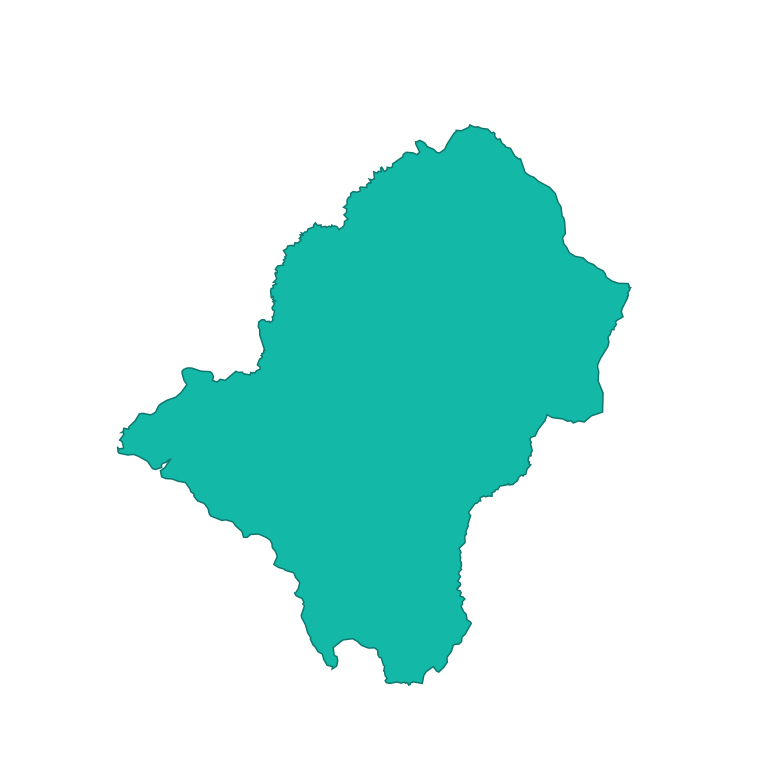 Manggarai Timur, Nusa Tenggara Timur, Indonesia, rotated 210°
{"feature_id": "22746128B57997288446056", "entity_name": "Manggarai Timur", "entity_type": "district", "adm_level": 2, "iso_a3": "IDN", "parent_name": "Indonesia", "parent_adm1": "Nusa Tenggara Timur", "projection": "orthographic", "projection_center": [120.695, -8.574], "detail": "fine", "context": "isolated", "style": "filled", "palette": "teal", "viewbox_px": 768, "rotation_deg": 210, "n_neighbors": 0, "source": "geoboundaries", "source_scale": "gbopen_adm2", "svg_char_len": 6171}
<svg xmlns="http://www.w3.org/2000/svg" viewBox="0 0 768 768"><g transform="rotate(210 384 384)"><path d="M222.9,593.0L231.3,588.4L238.3,587.1L245.0,587.7L247.5,590.1L250.9,591.6L257.5,591.1L262.2,592.2L268.6,591.3L274.7,592.8L282.3,590.1L289.2,590.4L294.2,593.7L298.1,595.1L302.6,600.0L302.1,604.9L308.6,614.7L311.4,617.7L313.7,618.5L319.4,626.0L324.0,628.3L330.9,634.6L339.0,637.1L351.8,636.7L357.4,638.0L362.2,637.2L367.6,637.8L378.3,647.2L380.0,646.3L384.9,646.9L392.2,651.3L397.6,650.0L398.5,651.1L402.0,651.4L406.1,654.3L407.9,652.5L409.2,652.8L412.1,653.9L413.1,656.3L415.0,656.8L416.3,655.2L421.6,656.6L427.2,654.2L431.3,653.7L434.2,651.6L439.1,651.4L438.9,648.7L443.7,641.9L448.3,639.8L447.7,638.4L448.7,636.2L449.3,623.5L448.8,617.7L451.3,611.9L454.0,610.9L458.3,612.1L465.1,611.2L469.0,613.0L471.7,613.1L474.6,612.9L476.0,611.5L476.0,610.5L477.7,609.6L476.7,607.9L469.1,602.6L470.1,599.1L474.4,598.7L480.6,595.8L482.1,592.4L481.3,590.3L486.6,579.0L485.3,576.6L486.3,574.6L489.6,573.3L488.5,571.0L489.7,568.2L494.5,570.6L495.0,569.4L492.7,566.6L495.2,565.4L495.4,563.1L499.0,562.7L494.9,556.9L496.7,554.7L499.2,554.0L496.0,552.2L496.2,551.0L497.7,550.7L498.5,547.7L497.3,545.6L502.9,542.8L503.1,541.5L501.4,540.1L501.4,538.8L503.2,536.7L507.0,535.1L508.2,532.3L506.6,529.6L508.1,527.6L507.9,524.7L505.8,521.0L507.4,516.8L503.9,517.0L502.2,513.7L503.3,510.5L497.7,508.9L499.5,505.1L497.9,501.6L498.2,499.6L500.1,495.3L503.5,496.7L505.9,496.2L506.9,494.9L508.6,495.6L508.5,493.4L510.4,493.3L511.8,491.0L513.6,491.3L516.2,488.8L517.5,488.7L518.1,490.2L520.9,488.1L524.0,489.3L524.4,486.3L523.4,484.8L527.2,480.4L526.9,477.1L528.6,476.1L529.1,473.9L531.0,473.5L528.7,472.3L531.2,471.3L529.3,469.7L530.3,467.8L527.9,467.3L529.0,463.2L531.8,461.7L531.0,458.5L533.2,458.0L536.4,455.3L535.9,452.6L537.8,449.3L532.8,446.8L533.5,444.4L531.9,443.8L533.2,441.3L531.2,440.1L531.8,437.8L530.6,436.8L535.1,433.0L535.5,428.9L532.7,428.4L532.2,426.1L533.8,426.3L533.5,424.9L529.5,421.5L530.5,416.9L529.4,417.5L527.2,416.7L529.6,413.8L527.8,412.0L529.4,410.2L528.8,408.0L525.0,402.6L524.4,402.5L524.1,404.6L522.4,402.9L522.6,401.5L519.7,401.6L521.5,399.9L518.8,398.7L519.1,394.0L517.4,392.6L515.5,392.7L513.6,387.5L514.4,386.3L511.8,383.4L513.5,380.4L514.8,380.9L517.2,379.1L519.7,379.8L522.0,378.5L523.5,375.1L521.4,370.6L518.9,369.2L516.2,364.4L504.2,353.5L504.9,353.0L503.8,350.8L505.0,349.2L504.2,348.4L504.6,347.1L503.2,347.1L502.8,345.4L504.2,343.5L503.3,337.3L499.4,336.5L498.8,334.8L501.2,331.5L501.2,329.1L502.9,328.7L503.3,327.5L505.1,327.5L504.6,324.8L511.1,322.6L512.5,323.5L516.2,321.1L518.6,321.0L523.3,307.8L528.2,306.2L529.5,302.2L534.4,301.4L535.2,305.0L538.5,307.4L540.8,307.7L548.8,303.6L558.4,301.7L562.3,299.6L564.8,296.4L565.3,294.0L563.7,291.8L558.8,287.0L554.4,285.0L555.5,274.9L557.8,268.4L563.9,261.3L567.5,254.9L568.3,252.1L567.7,245.7L569.5,241.9L571.2,240.4L578.3,238.0L580.9,235.8L581.1,227.7L583.5,219.4L582.5,217.3L587.3,215.5L586.1,212.8L587.1,210.7L585.7,211.6L584.1,210.7L584.9,203.2L582.0,203.2L577.9,198.9L577.7,197.8L581.5,195.1L583.4,196.5L580.4,192.3L578.8,191.6L570.2,194.5L565.7,197.8L561.0,198.6L550.1,198.8L542.2,195.0L539.4,195.6L534.8,200.5L536.3,202.7L535.9,204.8L533.5,207.1L532.9,209.8L531.4,211.7L531.9,202.2L534.2,197.0L530.1,192.4L525.7,193.0L520.1,195.8L513.4,196.9L506.8,199.4L499.7,196.2L497.5,194.1L494.0,193.9L492.1,191.5L487.0,189.6L480.3,190.6L478.5,190.1L473.9,188.0L470.5,184.2L468.0,183.1L456.2,184.8L453.0,187.3L446.0,189.0L441.4,186.9L433.3,185.3L429.0,181.1L425.8,182.8L424.3,187.0L417.5,191.4L409.3,192.3L404.6,191.9L401.4,189.9L398.8,186.4L394.2,184.7L390.2,181.3L389.2,172.6L383.6,172.4L378.1,173.8L376.3,173.3L367.7,175.4L363.9,172.3L357.6,169.9L356.0,164.3L356.0,159.9L356.9,158.3L354.3,156.7L347.5,157.2L344.0,154.7L344.4,153.0L341.9,151.9L340.0,142.3L338.6,140.6L331.6,136.2L325.7,130.4L320.5,127.6L320.3,126.3L315.1,122.6L311.8,121.8L307.4,119.2L302.2,119.2L298.7,115.5L292.6,112.0L287.3,113.5L286.4,111.2L284.0,116.1L285.8,121.4L288.5,124.4L291.1,124.1L292.1,124.9L296.2,130.4L291.5,141.9L283.9,147.7L278.4,147.8L272.7,146.4L265.5,147.5L260.3,150.8L256.4,150.3L253.8,146.4L251.3,144.9L249.6,145.6L243.9,140.3L242.3,139.9L240.7,135.3L239.8,135.3L237.1,131.9L234.2,130.8L234.7,127.7L232.6,126.5L229.0,127.8L223.7,132.5L219.6,133.5L217.4,135.9L215.9,135.6L215.5,136.5L213.8,136.8L212.1,135.6L211.1,136.8L211.8,138.1L209.5,140.8L201.1,143.9L203.8,151.4L203.7,155.4L202.1,159.5L200.0,163.8L194.9,161.7L192.5,161.9L190.6,168.5L190.1,174.8L192.8,178.6L191.9,185.8L193.3,192.1L192.5,194.1L189.1,196.1L188.0,199.6L189.9,203.8L188.6,207.8L188.7,220.3L190.8,221.3L194.1,221.2L197.7,225.7L201.3,226.7L206.2,230.1L205.9,232.7L207.4,234.6L206.5,238.2L209.0,239.0L212.2,238.3L212.8,241.8L214.7,242.9L217.3,242.4L218.6,243.2L217.6,244.8L218.5,245.9L217.3,246.5L217.4,248.6L218.6,249.8L221.4,250.0L221.5,255.5L224.3,256.7L225.0,258.4L224.2,262.2L225.9,263.0L225.7,264.7L227.7,268.0L229.8,269.3L230.9,272.3L233.0,273.9L233.1,276.7L236.8,279.1L234.5,287.1L238.4,293.4L237.4,294.8L239.4,297.4L240.0,303.0L241.3,304.7L243.2,313.4L245.8,314.2L246.5,315.9L245.4,326.1L243.7,327.6L243.4,330.1L241.8,331.2L243.7,332.8L243.7,333.8L241.5,336.9L239.6,337.1L238.1,338.9L234.3,340.9L236.1,343.9L234.3,346.3L234.4,348.3L232.7,349.5L232.7,353.5L227.0,358.2L226.5,359.9L225.2,359.1L222.2,361.4L220.1,367.2L220.7,370.9L219.4,373.9L217.5,373.9L217.7,375.1L216.1,376.6L217.6,381.7L216.5,387.4L218.6,387.3L219.0,389.3L220.7,389.4L222.1,393.0L222.1,394.2L220.7,395.4L222.3,397.9L222.2,400.3L227.3,405.6L227.1,407.1L229.9,408.6L230.1,411.4L227.1,414.6L227.8,421.4L226.2,432.9L227.5,438.9L221.3,439.1L211.5,443.2L206.4,443.5L203.7,445.7L200.5,444.9L197.1,449.3L191.6,451.2L188.5,460.1L180.7,469.0L189.7,485.6L200.3,493.9L204.2,502.0L207.4,505.2L208.6,507.8L209.3,513.9L208.9,528.4L210.0,532.3L213.5,536.8L212.9,540.0L214.0,545.0L212.0,546.0L213.1,548.2L212.4,550.1L212.9,552.1L214.1,552.9L214.5,554.9L210.6,561.7L214.5,565.0L215.5,568.7L216.1,580.3L216.9,580.8L216.5,582.2L217.5,584.2L218.6,584.4L218.2,588.0L218.7,589.8L219.6,589.9L219.0,590.6L220.4,590.5L220.9,591.8L222.9,593.0Z" fill="#14b8a6" stroke="#0f766e" stroke-width="1.5"/></g></svg>